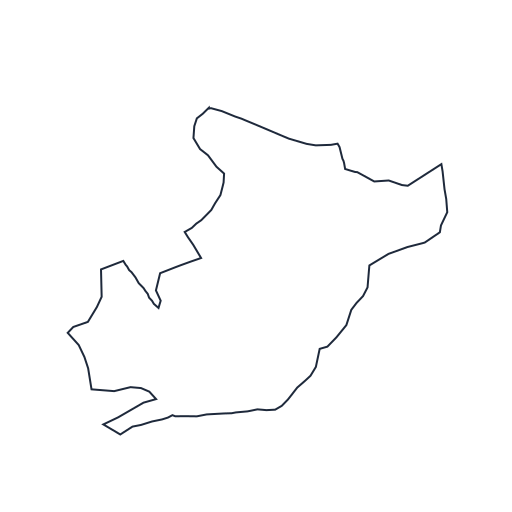 the district of Ohafia, Abia, Nigeria, rotated 79°
{"feature_id": "59680162B76876152340896", "entity_name": "Ohafia", "entity_type": "district", "adm_level": 2, "iso_a3": "NGA", "parent_name": "Nigeria", "parent_adm1": "Abia", "projection": "natural_earth1", "projection_center": [7.789, 5.658], "detail": "fine", "context": "isolated", "style": "outline", "palette": "slate", "viewbox_px": 512, "rotation_deg": 79, "n_neighbors": 0, "source": "geoboundaries", "source_scale": "gbopen_adm2", "svg_char_len": 1905}
<svg xmlns="http://www.w3.org/2000/svg" viewBox="0 0 512 512"><g transform="rotate(79 256 256)"><path d="M380.5,222.2L376.3,218.4L359.3,211.2L358.6,203.2L351.2,192.6L341.1,180.5L327.0,172.7L321.2,166.2L315.8,158.6L308.1,152.5L291.4,147.8L286.9,146.5L284.8,140.8L279.2,125.5L276.1,105.7L275.2,90.2L275.0,87.8L267.8,71.0L261.3,68.6L249.5,59.9L236.4,58.4L226.4,58.2L208.6,56.7L201.2,56.5L211.4,82.1L216.0,93.6L214.2,99.2L207.2,111.3L205.4,125.7L193.0,140.6L192.4,142.8L187.6,151.9L181.4,151.8L179.1,152.0L177.1,152.6L165.0,153.2L161.3,154.5L161.2,161.2L159.6,171.2L158.8,176.2L155.6,184.9L147.1,201.3L141.9,209.1L135.2,219.0L125.8,233.0L121.1,240.1L120.1,241.6L119.4,242.6L118.4,244.1L115.1,249.9L107.2,262.0L102.3,272.0L102.3,274.1L101.5,274.0L103.4,276.9L106.2,281.1L109.6,287.8L116.8,291.8L128.3,294.9L140.4,290.5L148.0,283.9L160.8,277.8L169.0,271.6L177.7,273.8L181.6,275.6L189.4,279.3L196.1,285.8L199.1,288.4L202.3,291.1L210.4,302.9L212.8,308.4L216.2,313.7L218.8,321.4L224.6,319.2L233.0,315.5L247.5,310.3L249.0,320.9L250.6,331.1L251.6,337.0L254.6,353.4L270.7,360.8L281.7,358.1L284.9,359.8L288.4,361.6L283.5,365.4L280.1,366.6L276.5,368.9L272.5,369.5L269.3,371.2L266.0,372.5L260.3,376.3L254.0,378.4L248.1,381.3L245.7,383.2L241.7,384.5L239.8,385.6L235.5,387.2L239.6,410.7L266.6,415.3L275.7,421.9L288.6,433.6L290.8,448.9L295.5,455.5L309.6,447.0L322.4,443.7L334.2,442.2L355.5,442.9L361.6,421.0L360.8,404.2L363.7,394.1L368.8,386.6L377.4,381.4L378.5,394.4L388.1,422.2L392.2,438.0L405.3,423.3L399.9,409.8L399.9,401.1L398.6,389.6L398.5,379.4L397.8,373.3L396.3,368.4L397.9,365.9L399.7,356.3L401.2,348.9L402.1,344.7L402.1,336.7L402.1,334.6L403.3,325.9L404.5,317.2L405.7,309.9L405.7,305.6L406.9,294.0L406.9,291.1L406.8,283.9L408.3,278.6L409.3,275.2L410.5,266.5L408.0,259.3L403.0,252.1L398.0,246.3L397.8,246.1L393.0,240.6L388.0,231.9L384.0,225.4L380.5,222.2Z" fill="none" stroke="#1e293b" stroke-width="2"/></g></svg>